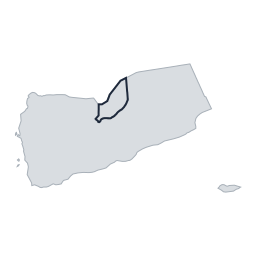 location of Zamakh wa Manwokh, Hadramawt, Yemen
{"feature_id": "15242507B25520584620075", "entity_name": "Zamakh wa Manwokh", "entity_type": "district", "adm_level": 2, "iso_a3": "YEM", "parent_name": "Yemen", "parent_adm1": "Hadramawt", "projection": "albers", "projection_center": [47.768, 17.17], "detail": "fine", "context": "in_parent", "style": "outline", "palette": "slate", "viewbox_px": 256, "rotation_deg": 0, "n_neighbors": 0, "source": "geoboundaries", "source_scale": "gbopen_adm2", "svg_char_len": 6104}
<svg xmlns="http://www.w3.org/2000/svg" viewBox="0 0 256 256"><path d="M211.5,108.8L202.2,112.5L199.8,114.1L197.6,116.0L195.9,118.4L194.9,122.6L195.8,126.4L195.8,128.4L193.4,129.8L191.2,130.8L188.7,132.4L187.1,132.8L185.9,134.0L184.5,134.8L179.3,137.1L173.6,138.8L164.5,141.0L161.0,143.1L157.8,144.7L152.9,145.2L146.2,147.3L142.5,148.9L137.9,151.6L136.9,152.5L136.1,154.5L134.6,156.2L131.9,159.0L129.8,160.4L128.4,160.5L125.7,161.3L122.4,161.4L117.0,160.5L115.6,161.1L114.5,162.2L110.3,164.1L106.1,167.9L102.9,168.9L97.9,170.1L94.4,171.7L92.0,172.3L89.0,172.6L83.3,172.4L78.0,172.9L73.0,174.0L70.6,176.0L68.0,179.2L63.6,180.4L62.6,181.6L61.2,183.9L58.4,184.5L55.8,184.8L53.2,183.8L48.3,186.5L46.4,187.0L43.6,187.0L41.6,187.6L40.1,187.4L38.3,186.3L34.6,184.8L31.8,185.6L31.6,182.9L27.2,174.6L28.3,167.4L28.3,166.4L27.5,163.1L24.8,160.1L25.0,156.4L24.2,153.7L23.5,151.0L23.8,150.2L23.8,149.6L22.5,145.3L22.1,144.5L21.9,143.6L22.4,142.9L22.4,142.1L21.7,140.8L21.0,138.3L17.3,136.3L18.1,134.5L18.8,135.2L19.8,135.7L20.0,134.6L20.1,133.7L18.7,128.2L21.1,120.9L20.6,114.3L24.1,111.8L25.0,111.0L25.5,110.3L26.4,108.8L27.5,108.3L27.9,106.8L27.9,106.0L27.2,105.3L26.7,103.4L26.9,101.1L27.1,100.1L27.6,98.4L28.8,97.7L29.1,97.2L28.2,96.1L28.3,95.4L30.4,93.5L31.2,93.0L32.5,92.4L33.6,92.5L34.8,92.8L35.8,93.4L36.8,94.4L37.9,95.5L39.6,95.9L40.8,95.8L41.7,96.3L42.5,96.1L43.4,95.6L44.8,95.6L46.1,95.0L49.8,94.8L53.3,95.0L57.0,94.6L60.7,94.6L64.5,94.7L65.3,94.8L66.1,95.2L69.2,96.9L71.6,97.3L76.4,97.8L81.5,98.3L85.9,98.8L89.6,98.4L92.8,98.1L93.6,98.1L94.5,99.2L96.4,101.8L98.2,104.2L101.3,104.4L103.3,103.4L105.5,102.2L106.8,101.2L108.4,97.2L109.4,94.7L111.7,91.8L113.6,89.4L116.1,86.2L117.5,84.4L120.3,80.9L122.9,79.6L128.0,76.9L133.0,74.3L136.2,72.6L139.0,71.9L143.6,71.2L149.1,70.3L154.5,69.5L160.3,68.6L166.7,67.6L171.2,66.9L176.8,66.0L181.5,65.2L185.6,64.6L189.9,63.9L190.8,65.8L191.6,67.7L192.5,69.6L193.3,71.5L194.2,73.4L195.1,75.4L195.9,77.3L196.8,79.2L197.6,81.1L198.5,83.0L199.4,84.9L200.2,86.8L201.1,88.7L202.0,90.7L202.8,92.6L203.7,94.5L204.5,96.4L205.9,96.9L206.7,98.7L207.9,101.2L209.1,103.8L210.3,106.3L211.5,108.8ZM226.4,186.0L227.6,186.2L229.3,185.5L234.4,185.2L240.6,187.1L239.5,187.7L238.8,188.5L236.2,189.3L233.5,191.1L225.8,192.1L223.5,191.8L221.5,190.2L218.0,188.2L219.3,186.9L219.6,186.3L220.1,185.7L222.1,184.6L224.0,184.7L226.4,186.0ZM19.1,160.7L18.9,161.2L18.5,161.1L17.4,160.0L18.7,158.9L19.4,160.0L19.1,160.7ZM16.1,134.9L15.5,135.3L15.4,134.6L15.8,132.9L16.4,132.4L16.8,133.7L16.5,134.3L16.1,134.9ZM18.4,165.9L17.2,166.5L18.0,164.9L18.9,164.7L19.2,164.7L18.4,165.9Z" fill="#d9dde1" stroke="#a8b0b8" stroke-width="1"/><path d="M95.6,118.9L95.9,119.2L96.1,119.4L96.1,119.5L96.3,119.6L96.5,119.8L96.8,120.0L97.0,120.2L97.2,120.3L97.3,120.4L97.4,120.5L97.5,120.6L97.7,120.8L97.8,120.9L97.9,121.0L98.0,121.1L98.2,121.4L98.2,121.5L98.3,121.5L98.4,121.8L98.5,121.8L98.6,122.0L98.8,122.1L99.0,122.1L99.4,122.1L99.5,122.0L99.6,121.9L99.8,121.7L100.0,121.5L100.1,121.4L100.2,121.2L100.3,121.1L100.4,120.9L100.5,120.8L100.5,120.7L100.6,120.4L100.7,120.2L100.8,120.0L100.8,119.9L100.9,119.7L101.0,119.6L101.2,119.4L101.3,119.3L101.4,119.2L101.5,119.1L101.9,119.0L102.0,118.9L102.3,118.8L102.4,118.7L102.5,118.7L102.8,118.5L103.0,118.5L103.1,118.4L103.3,118.4L103.5,118.3L103.8,118.2L104.0,118.2L104.3,118.2L104.5,118.1L104.9,118.1L105.0,118.1L105.4,118.1L105.6,118.1L105.8,118.1L106.0,118.1L106.4,118.1L106.5,118.1L106.8,118.1L107.0,118.1L107.3,118.1L107.6,118.2L107.8,118.2L108.0,118.2L108.4,118.2L108.4,118.3L108.5,118.3L108.8,118.3L109.0,118.3L109.3,118.3L109.5,118.3L109.8,118.3L110.1,118.3L110.3,118.3L110.5,118.2L110.9,118.1L111.0,118.0L111.2,117.9L111.3,117.9L111.5,117.7L111.8,117.5L111.9,117.4L112.1,117.2L112.3,117.0L112.5,117.0L112.7,116.9L112.8,116.8L113.0,116.8L113.1,116.7L113.3,116.6L113.5,116.6L113.7,116.4L113.8,116.3L113.9,116.2L114.0,116.1L114.3,116.0L114.3,115.9L114.5,115.7L114.8,115.4L115.0,115.2L115.3,114.9L115.5,114.8L115.5,114.7L115.8,114.4L116.0,114.3L116.1,114.2L116.3,114.0L116.4,113.9L116.5,113.8L116.6,113.7L116.8,113.5L116.9,113.3L117.0,113.2L117.1,112.9L117.3,112.7L117.5,112.5L117.6,112.4L117.8,112.2L118.0,112.0L118.1,111.9L118.3,111.8L118.4,111.7L118.5,111.6L118.8,111.4L119.0,111.2L119.3,110.9L119.5,110.8L119.7,110.7L119.8,110.6L120.0,110.5L120.0,110.4L120.3,110.2L120.5,110.2L120.9,109.9L121.0,109.9L121.1,109.7L121.3,109.6L121.5,109.5L121.7,109.4L121.8,109.4L122.0,109.2L122.3,108.9L122.5,108.6L122.8,108.4L122.9,108.2L123.0,108.1L123.2,107.9L123.3,107.8L123.4,107.7L123.5,107.6L123.7,107.4L123.8,107.3L123.9,107.2L124.0,107.1L124.1,106.9L124.3,106.6L124.4,106.4L124.5,106.2L124.8,105.8L124.9,105.7L125.0,105.6L125.1,105.4L125.2,105.2L125.3,105.2L125.4,104.9L125.5,104.8L125.6,104.7L125.8,104.3L125.9,104.2L126.0,103.9L126.1,103.7L126.3,103.4L126.4,103.2L126.5,102.9L126.6,102.7L126.7,102.3L126.8,102.2L126.9,101.9L127.0,101.7L127.1,101.4L127.2,101.2L127.3,100.9L127.4,100.7L127.5,100.5L127.6,100.4L127.6,100.2L127.7,99.9L127.7,99.7L127.8,99.5L127.8,99.4L127.8,99.2L127.8,98.9L127.7,98.8L127.7,98.6L127.7,98.3L127.7,98.2L127.6,96.9L127.3,92.6L127.1,91.1L126.3,81.2L126.0,77.9L125.6,78.1L125.2,78.3L124.8,78.5L124.3,78.8L123.9,79.0L123.5,79.2L123.0,79.4L122.6,79.7L122.3,79.8L121.8,80.1L121.3,80.3L120.9,80.5L120.5,80.7L120.2,81.1L119.9,81.5L119.6,81.9L119.2,82.4L119.0,82.7L118.7,83.1L118.4,83.4L118.1,83.8L117.8,84.2L117.5,84.6L117.2,85.0L116.9,85.4L116.6,85.8L116.3,86.1L116.0,86.5L115.7,86.9L115.4,87.3L115.1,87.7L114.8,88.1L114.5,88.5L114.2,88.9L113.9,89.2L113.6,89.6L113.3,90.0L113.0,90.4L112.7,90.8L112.4,91.2L112.1,91.5L111.8,91.9L111.5,92.3L111.2,92.7L110.9,93.1L110.6,93.5L110.3,93.9L110.0,94.2L109.7,94.6L109.4,95.6L109.0,96.5L108.9,96.9L108.5,97.9L108.2,98.8L108.0,99.2L107.6,100.2L107.3,101.1L106.9,101.3L106.5,101.5L106.1,101.8L105.8,102.0L105.4,102.2L105.0,102.5L104.6,102.7L104.3,102.9L103.9,103.1L103.5,103.4L103.1,103.6L102.8,103.8L102.4,104.1L102.0,104.3L101.2,104.3L100.3,104.3L99.9,104.3L99.4,104.3L98.7,104.3L98.7,106.6L98.7,107.3L98.7,108.3L98.7,109.5L98.6,111.8L98.6,115.5L95.6,118.9Z" fill="none" stroke="#1e293b" stroke-width="2"/></svg>